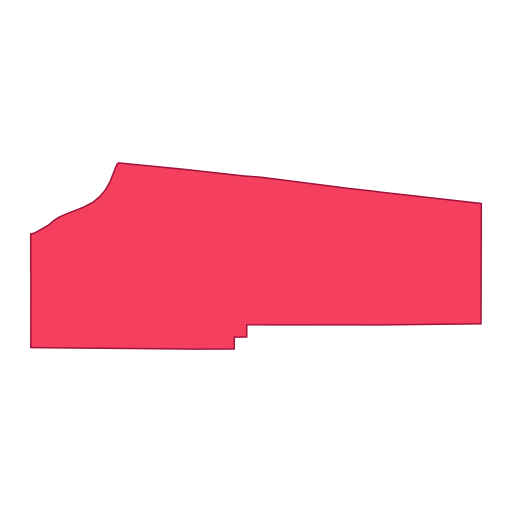 outline of Tishomingo, Mississippi, United States of America, rotated 270°
{"feature_id": "52423323B71362276548625", "entity_name": "Tishomingo", "entity_type": "district", "adm_level": 2, "iso_a3": "USA", "parent_name": "United States of America", "parent_adm1": "Mississippi", "projection": "mercator", "projection_center": [-88.206, 34.729], "detail": "fine", "context": "isolated", "style": "filled", "palette": "rose", "viewbox_px": 512, "rotation_deg": 270, "n_neighbors": 0, "source": "geoboundaries", "source_scale": "gbopen_adm2", "svg_char_len": 566}
<svg xmlns="http://www.w3.org/2000/svg" viewBox="0 0 512 512"><g transform="rotate(270 256 256)"><path d="M164.4,30.8L162.9,197.1L163.0,234.2L174.9,234.4L175.0,246.7L187.2,246.8L187.1,382.3L188.2,481.0L308.5,481.3L319.8,381.3L320.4,376.1L320.7,374.9L323.8,346.7L331.7,285.2L334.8,260.7L336.2,242.1L342.4,186.8L349.1,118.5L347.7,116.9L330.2,110.0L322.1,105.4L320.0,103.7L315.4,99.7L309.7,92.9L304.8,83.5L297.5,65.0L294.7,58.8L292.0,54.6L286.8,48.3L278.9,34.5L278.1,30.7L240.7,30.8L237.7,30.9L164.4,30.8Z" fill="#f43f5e" stroke="#9f1239" stroke-width="1.5"/></g></svg>